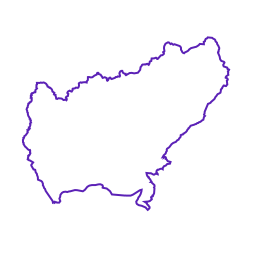 the district of Pedro Moncayo, Pichincha, Ecuador, rotated 175°
{"feature_id": "8360857B86285248238237", "entity_name": "Pedro Moncayo", "entity_type": "district", "adm_level": 2, "iso_a3": "ECU", "parent_name": "Ecuador", "parent_adm1": "Pichincha", "projection": "albers", "projection_center": [-78.291, 0.06], "detail": "fine", "context": "isolated", "style": "outline", "palette": "violet", "viewbox_px": 256, "rotation_deg": 175, "n_neighbors": 0, "source": "geoboundaries", "source_scale": "gbopen_adm2", "svg_char_len": 5855}
<svg xmlns="http://www.w3.org/2000/svg" viewBox="0 0 256 256"><g transform="rotate(175 128 128)"><path d="M209.3,60.2L207.8,60.8L207.7,59.9L206.3,60.5L205.3,59.9L203.0,59.7L201.8,61.1L202.5,63.6L201.6,65.3L201.1,67.4L199.5,69.1L197.9,69.9L195.7,70.0L194.1,69.5L192.1,70.0L191.5,69.9L186.3,70.8L184.1,70.5L178.5,68.9L176.4,70.1L173.6,73.0L171.5,74.0L168.8,74.3L165.4,74.0L162.6,74.4L160.6,74.4L158.9,73.6L158.3,73.0L158.1,71.9L158.5,70.8L158.2,70.6L154.5,69.6L151.4,66.6L149.8,63.2L137.2,61.0L131.3,60.4L128.8,61.2L121.5,65.0L119.8,65.3L120.2,63.5L121.3,60.9L122.7,58.8L123.7,57.9L124.3,56.4L126.2,54.0L126.1,52.4L125.7,51.5L124.0,50.2L121.1,49.3L117.4,47.3L115.5,44.7L114.7,45.2L113.5,46.4L113.4,47.4L114.2,48.5L114.3,49.0L115.5,50.2L115.8,51.4L117.8,53.0L114.5,53.0L112.7,53.3L110.5,54.9L110.6,55.7L111.1,56.5L111.0,57.1L109.2,57.8L109.1,58.2L109.4,58.7L108.6,59.1L107.7,60.7L106.9,65.5L107.3,66.5L106.8,67.0L106.6,67.8L106.7,68.9L109.0,71.4L109.2,72.1L109.8,72.2L109.3,72.6L109.9,73.5L110.3,74.8L111.3,76.0L111.5,77.0L112.1,77.1L112.1,77.7L112.9,78.4L113.3,79.7L113.5,81.6L109.7,80.9L109.2,81.0L106.6,79.3L105.8,79.3L104.3,80.2L102.4,79.3L102.4,79.6L103.5,81.6L103.3,82.7L102.8,83.4L101.9,83.9L101.5,83.7L99.4,84.5L97.8,84.5L97.0,83.9L96.8,85.2L95.5,86.8L93.6,87.3L92.1,88.7L89.3,88.8L88.6,90.5L91.3,91.5L92.5,93.6L93.1,93.9L92.8,94.5L92.9,95.4L93.3,95.8L93.7,95.9L94.7,95.4L94.5,95.9L94.7,96.5L95.8,96.2L94.8,97.7L92.7,99.3L92.2,100.7L91.3,101.8L91.3,103.2L90.9,103.9L88.5,105.3L86.0,108.1L84.2,109.2L81.5,110.0L80.0,111.5L78.6,112.0L78.0,113.1L76.6,114.3L76.2,115.4L76.2,116.2L75.8,116.5L73.8,116.8L73.4,117.5L72.9,117.5L72.4,118.0L70.9,118.7L69.4,120.2L69.0,121.1L67.9,122.0L67.7,122.6L67.1,122.8L65.4,124.8L61.5,125.6L60.6,126.0L59.9,126.0L58.5,126.9L57.6,126.9L56.7,127.6L55.5,127.8L54.3,128.5L54.0,128.9L52.2,129.7L51.4,132.3L50.3,133.3L50.7,133.6L51.1,134.8L50.5,135.6L50.2,137.5L46.2,145.1L44.6,145.5L43.5,146.0L43.0,146.7L39.4,149.3L38.0,151.5L37.4,151.9L35.8,153.9L33.8,154.6L32.8,155.2L32.2,157.3L32.1,158.3L30.8,159.3L30.7,159.9L29.0,162.0L28.6,162.0L27.7,161.4L26.8,161.2L26.5,161.3L26.1,162.1L25.3,162.6L25.4,166.7L24.4,167.4L24.4,168.0L25.0,169.0L26.3,169.5L26.3,170.0L25.4,171.1L23.4,172.2L23.6,173.3L23.3,174.8L23.6,175.4L22.2,177.3L22.6,177.7L23.6,177.8L23.9,179.5L27.3,181.0L27.7,182.5L26.2,184.7L26.3,185.1L26.7,185.6L29.2,186.7L30.2,188.4L30.5,191.3L31.8,195.2L31.6,195.9L31.1,196.1L30.9,197.7L30.4,198.4L30.1,199.7L30.9,202.1L31.8,203.7L32.0,205.3L33.2,206.6L33.4,207.9L33.9,208.7L35.4,209.6L36.3,210.5L40.7,211.3L41.5,210.4L42.8,210.0L43.4,209.0L43.8,207.7L45.0,207.3L45.1,204.8L49.1,205.5L50.4,204.3L52.8,203.0L58.2,202.1L60.4,200.8L60.8,200.2L61.9,199.4L64.8,198.3L65.6,197.6L66.5,198.0L67.3,198.9L67.8,200.3L68.4,201.4L68.2,203.2L68.7,204.5L69.5,205.2L74.4,207.4L75.7,207.0L77.2,208.4L78.3,207.9L79.9,209.7L80.9,209.8L83.3,208.7L84.8,206.3L85.2,204.4L85.0,201.4L85.4,201.0L86.3,200.7L86.4,200.4L85.7,199.5L85.8,198.7L87.3,197.6L88.9,197.5L92.4,194.2L92.9,194.2L93.6,195.4L94.0,195.6L95.9,195.1L98.4,195.2L99.0,192.7L100.5,192.3L101.1,190.2L101.9,189.1L102.3,189.4L102.4,190.0L102.8,190.2L103.8,190.2L104.8,189.7L105.4,190.0L106.5,189.8L107.6,190.0L108.4,189.7L109.4,188.2L110.2,187.5L110.8,184.9L113.3,182.2L117.1,181.9L119.5,182.6L121.6,182.6L125.4,180.8L125.7,181.1L125.7,182.2L126.6,182.3L128.3,183.6L128.7,185.4L129.7,185.5L130.9,184.9L131.8,183.3L131.4,180.6L131.9,179.9L133.8,180.3L134.6,179.7L135.9,179.8L136.6,179.1L140.0,178.2L140.5,178.5L141.2,179.7L142.0,179.7L142.6,179.2L143.7,177.3L144.5,176.9L144.8,177.3L144.9,179.6L146.7,180.6L148.8,180.1L149.2,180.6L149.4,181.6L150.0,182.2L150.6,183.5L152.5,184.3L152.6,185.3L152.9,185.6L153.7,185.6L154.1,185.2L154.6,183.9L156.9,183.1L159.0,181.7L160.5,181.6L162.5,182.2L163.5,182.2L163.8,179.3L165.0,178.1L165.2,176.9L166.8,177.4L169.2,177.4L170.2,177.1L171.0,177.6L172.5,177.2L173.1,176.7L173.1,174.4L173.6,173.2L174.1,172.5L174.8,172.4L176.4,172.8L177.5,172.1L179.6,172.0L179.9,171.6L179.9,170.5L180.9,169.2L181.4,169.3L182.9,170.3L184.5,169.6L185.3,168.6L185.3,167.9L184.5,167.2L185.1,165.1L186.6,164.6L187.2,163.9L186.5,162.3L186.6,161.4L187.0,161.0L187.8,161.9L188.9,161.5L189.8,161.5L191.5,163.1L194.7,163.7L196.0,163.1L197.0,163.5L197.0,164.8L197.4,166.3L197.3,167.3L198.5,167.6L198.9,168.1L198.3,169.5L200.1,170.9L200.2,172.1L200.5,173.1L201.9,174.8L202.5,174.8L202.8,175.4L203.6,175.5L204.0,176.1L204.6,176.4L204.6,177.5L205.2,178.0L205.6,179.1L206.9,180.1L208.0,180.7L209.8,180.5L210.9,180.9L212.0,180.6L214.8,180.9L214.8,179.4L215.5,178.8L215.5,177.4L215.8,176.7L215.2,175.3L216.7,174.2L217.2,172.8L217.0,172.2L217.2,171.7L218.8,171.6L219.5,171.1L220.6,171.1L221.5,170.2L221.5,169.9L220.9,169.2L221.3,168.8L222.0,168.6L222.1,168.2L221.6,167.1L222.2,166.5L221.3,166.0L221.6,165.4L221.4,164.5L221.7,163.4L222.5,162.5L223.7,162.2L224.1,161.2L224.9,161.2L225.2,161.0L225.5,159.4L226.0,158.6L226.1,157.4L226.9,156.7L227.4,155.3L226.9,153.9L227.0,152.7L226.4,151.8L226.6,150.8L226.3,148.9L225.1,146.5L225.2,145.7L224.6,145.5L224.6,144.3L224.1,144.0L224.5,143.0L224.1,141.8L224.8,141.5L225.3,140.6L224.9,139.7L225.8,137.6L226.6,137.3L226.0,136.1L227.2,135.8L227.3,135.4L226.9,135.0L227.5,134.4L228.3,134.5L228.1,133.8L228.5,133.1L228.3,132.3L230.7,129.6L231.9,129.0L232.4,127.4L233.1,127.3L233.1,126.3L233.7,125.4L233.8,122.8L233.2,122.1L233.5,121.2L232.1,118.4L231.3,117.7L229.5,115.4L228.2,114.5L227.6,114.6L227.4,113.7L227.8,112.3L227.4,111.5L228.3,109.9L228.7,109.8L228.9,109.3L229.4,109.4L229.9,109.0L229.9,107.8L230.4,106.7L230.1,106.1L230.6,105.4L229.4,104.5L228.5,104.2L225.5,102.0L227.6,99.6L227.6,99.0L225.7,94.9L224.8,94.8L224.1,94.4L223.8,91.9L222.8,90.3L222.7,89.0L222.1,87.0L222.2,84.4L219.1,82.8L218.2,81.8L217.6,79.8L217.8,78.3L217.2,77.3L216.8,75.5L216.0,74.6L215.5,72.5L209.5,61.9L209.3,60.2Z" fill="none" stroke="#5b21b6" stroke-width="2"/></g></svg>